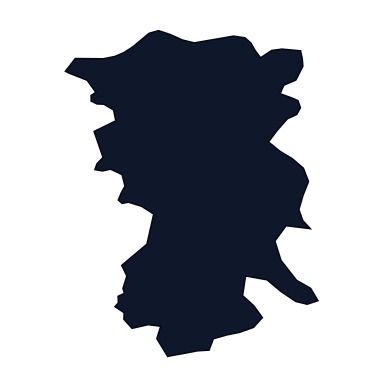 the border of Mātara, rotated 177°
{"feature_id": "LKA-2466", "entity_name": "Mātara", "entity_type": "District", "adm_level": 1, "iso_a3": "LKA", "parent_name": "Sri Lanka", "parent_adm1": "", "projection": "mercator", "projection_center": [80.546, 6.16], "detail": "fine", "context": "isolated", "style": "filled", "palette": "ink", "viewbox_px": 384, "rotation_deg": 177, "n_neighbors": 0, "source": "natural_earth", "source_scale": "10m", "svg_char_len": 1342}
<svg xmlns="http://www.w3.org/2000/svg" viewBox="0 0 384 384"><g transform="rotate(177 192 192)"><path d="M312.1,319.2L301.6,331.4L273.6,329.7L261.8,331.4L252.7,334.8L243.3,340.2L226.6,352.7L221.8,353.8L217.0,354.9L205.7,350.5L193.6,344.3L186.7,342.2L181.9,340.8L142.3,345.5L131.0,343.2L125.3,337.6L121.6,330.1L118.7,325.7L116.5,322.4L105.0,329.2L94.6,330.0L76.1,327.3L76.1,326.6L74.9,319.4L74.7,311.8L82.4,298.4L94.7,293.9L98.9,285.6L86.8,280.4L81.4,277.6L79.3,270.4L83.4,263.9L92.8,260.2L103.7,249.1L113.0,238.0L102.2,228.2L90.0,219.9L79.5,209.9L75.1,196.4L81.2,183.1L86.2,168.9L82.9,157.7L75.8,149.2L99.8,153.4L111.8,138.7L106.7,119.0L92.2,98.3L78.6,89.6L71.9,76.9L82.9,73.9L94.2,77.3L108.6,88.2L121.7,100.4L142.9,105.3L146.9,85.9L136.3,75.2L128.3,62.9L137.6,53.6L151.6,49.4L165.0,47.4L178.4,44.3L183.2,33.2L194.9,33.1L224.9,29.1L234.8,47.4L230.3,59.6L242.6,61.8L259.0,59.0L266.7,68.5L266.1,75.0L274.9,81.5L271.3,85.2L271.3,91.7L264.8,94.3L266.0,99.4L261.4,111.5L266.0,122.4L239.7,142.3L231.4,172.0L243.2,180.4L256.2,185.2L262.3,184.2L266.0,187.9L262.6,195.0L258.6,201.3L260.9,213.0L272.2,219.1L280.3,217.7L287.8,219.4L285.3,225.4L279.0,231.1L286.6,257.6L264.4,267.1L266.0,278.0L275.5,284.3L282.2,284.9L288.0,288.1L287.7,293.8L282.8,296.5L290.9,309.1L308.3,317.0L312.1,319.2Z" fill="#0f172a" stroke="#020617" stroke-width="1.5"/></g></svg>